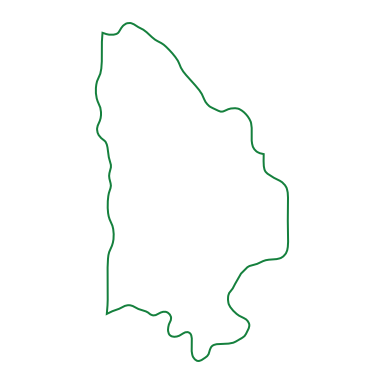 Villa Gonzalez, Santiago, Dominican Republic (Robinson projection)
{"feature_id": "3306468B91060644356542", "entity_name": "Villa Gonzalez", "entity_type": "district", "adm_level": 2, "iso_a3": "DOM", "parent_name": "Dominican Republic", "parent_adm1": "Santiago", "projection": "robinson", "projection_center": [-70.779, 19.554], "detail": "fine", "context": "isolated", "style": "outline", "palette": "green", "viewbox_px": 384, "rotation_deg": 0, "n_neighbors": 0, "source": "geoboundaries", "source_scale": "gbopen_adm2", "svg_char_len": 2936}
<svg xmlns="http://www.w3.org/2000/svg" viewBox="0 0 384 384"><path d="M102.5,32.8L101.9,41.7L101.8,61.6L101.3,68.6L100.3,73.7L97.0,81.4L96.3,84.6L95.9,88.0L95.9,93.2L96.7,98.3L97.6,101.2L100.3,107.6L101.0,112.1L101.0,115.2L100.6,118.2L99.8,120.9L97.7,125.7L97.1,128.4L97.1,129.8L97.6,132.7L98.7,135.1L101.1,138.0L104.8,141.0L105.6,141.9L106.8,144.5L107.5,147.5L108.8,157.2L110.9,164.9L110.9,167.4L109.4,173.2L109.1,175.9L109.4,178.6L110.6,183.4L110.9,185.7L110.5,188.1L108.9,193.0L108.3,196.1L107.8,201.1L107.7,208.0L108.1,213.1L108.7,216.4L109.6,219.3L112.4,225.7L113.2,229.0L113.7,234.1L113.5,239.3L112.9,242.6L112.0,245.6L109.2,252.0L108.4,255.2L108.0,258.7L107.6,267.5L107.7,300.0L107.5,305.4L106.8,313.9L112.4,311.2L119.1,308.8L124.9,305.9L127.4,305.3L128.8,305.2L130.2,305.3L132.7,306.0L138.4,309.0L145.9,311.4L148.0,312.5L150.4,314.4L152.3,315.2L153.4,315.4L155.7,315.1L160.8,312.5L163.1,311.8L165.7,311.8L166.9,312.2L168.0,312.8L169.8,314.5L170.9,316.7L171.1,317.9L170.8,320.2L168.9,324.4L168.3,327.0L168.0,329.8L168.1,331.1L168.8,333.7L169.6,334.9L170.7,335.8L171.9,336.4L174.3,336.8L176.9,336.5L179.3,335.7L183.3,333.3L185.3,332.3L187.7,332.1L188.8,332.5L189.9,333.2L190.8,334.3L191.3,335.6L191.8,338.4L191.7,351.2L192.2,354.4L192.6,355.9L193.2,357.2L194.8,359.3L196.8,360.7L198.1,361.0L199.3,360.9L201.5,360.1L205.3,357.6L207.2,356.1L208.6,354.1L210.0,349.5L211.0,347.3L211.8,346.3L212.8,345.5L214.0,344.9L216.6,344.2L228.7,343.6L233.3,342.7L235.7,341.6L242.4,337.7L244.5,336.1L246.0,333.9L248.7,328.4L249.3,326.0L249.3,324.7L249.0,323.4L247.8,321.2L246.1,319.4L243.9,318.1L239.1,315.7L236.6,313.9L233.2,310.7L230.3,307.1L228.8,304.3L228.4,302.8L228.0,299.8L228.1,296.9L228.3,295.5L229.2,293.0L232.7,288.5L235.1,283.9L241.0,273.6L247.4,267.2L249.5,266.0L257.1,263.9L263.1,261.1L265.8,260.2L268.9,259.7L276.6,259.1L279.6,258.4L281.0,257.9L283.3,256.4L285.2,254.3L286.0,253.2L287.2,250.3L287.8,247.0L288.1,241.9L287.8,220.7L288.0,197.7L287.7,192.5L287.0,189.3L286.5,187.7L285.0,185.2L282.2,182.3L279.9,180.8L273.9,177.8L267.5,173.7L265.7,171.9L264.9,170.6L264.4,169.2L263.8,166.1L263.6,161.1L263.7,154.1L259.8,153.2L257.3,152.0L256.2,151.2L254.3,149.2L252.9,146.8L252.1,143.8L251.7,140.7L251.7,127.9L251.1,123.2L250.7,121.7L249.4,119.0L247.8,116.5L246.0,114.3L243.9,112.2L241.7,110.5L239.3,109.1L237.9,108.6L235.1,108.2L230.9,108.5L228.3,109.2L224.0,111.1L222.9,111.5L221.8,111.6L220.6,111.6L218.4,110.8L212.7,108.1L210.2,106.8L209.1,106.0L207.2,104.1L205.5,101.9L204.2,99.3L201.8,94.0L199.3,90.2L195.4,85.5L186.1,75.1L183.2,71.5L180.9,67.7L179.2,63.6L177.9,60.8L175.3,57.0L172.4,53.4L169.3,50.0L166.0,46.7L163.7,44.7L161.3,43.1L157.5,41.1L155.1,39.7L151.9,37.1L146.6,32.2L143.3,29.7L138.3,27.1L133.9,24.3L131.5,23.3L130.2,23.0L127.4,23.2L126.1,23.6L124.0,25.0L123.0,25.8L121.4,27.8L118.9,31.9L118.1,32.9L117.1,33.6L116.0,34.1L113.4,34.7L109.2,34.7L106.4,34.1L102.5,32.8Z" fill="none" stroke="#15803d" stroke-width="2"/></svg>